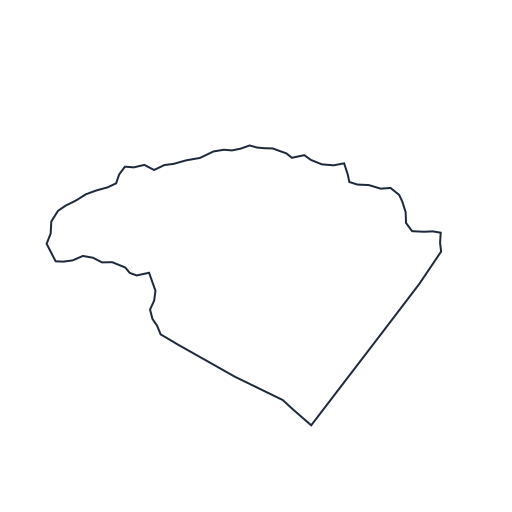 outline of Atalanta, Santa Catarina, Brazil, rotated 49°
{"feature_id": "56859067B17300048958719", "entity_name": "Atalanta", "entity_type": "district", "adm_level": 2, "iso_a3": "BRA", "parent_name": "Brazil", "parent_adm1": "Santa Catarina", "projection": "equal_earth", "projection_center": [-49.763, -27.436], "detail": "fine", "context": "isolated", "style": "outline", "palette": "slate", "viewbox_px": 512, "rotation_deg": 49, "n_neighbors": 0, "source": "geoboundaries", "source_scale": "gbopen_adm2", "svg_char_len": 1096}
<svg xmlns="http://www.w3.org/2000/svg" viewBox="0 0 512 512"><g transform="rotate(49 256 256)"><path d="M216.3,354.7L222.9,362.2L226.9,371.1L235.5,375.4L243.8,376.4L252.6,379.4L271.8,373.0L333.4,351.1L382.3,330.3L395.8,328.8L420.0,325.4L410.7,280.1L396.9,212.5L384.2,151.1L374.1,113.4L366.8,108.4L359.6,101.3L353.4,106.4L348.0,113.2L339.7,121.9L329.5,121.1L321.1,114.3L310.7,109.8L303.8,107.9L292.9,109.8L287.0,117.7L276.5,124.3L268.6,132.6L261.4,137.0L254.5,133.2L243.9,128.7L238.5,137.9L230.0,146.2L219.6,151.5L211.6,153.4L205.4,164.5L198.6,165.7L192.0,169.4L185.8,172.8L180.4,178.7L174.9,184.0L168.4,188.3L164.9,197.2L160.5,204.9L154.7,210.6L149.2,219.5L145.2,234.0L138.0,245.9L132.5,257.6L127.2,265.6L124.2,276.5L114.0,280.5L108.9,290.1L102.6,296.3L104.7,305.8L109.4,313.9L106.8,323.0L101.7,333.7L97.8,343.9L96.0,355.4L93.1,366.6L92.0,375.8L95.7,387.9L104.3,396.2L109.4,406.0L120.7,408.8L128.6,410.7L134.0,404.9L139.0,397.3L142.4,386.6L150.3,380.2L159.8,376.4L166.3,368.6L179.0,362.2L185.9,362.4L192.4,358.8L198.5,347.7L216.3,354.7Z" fill="none" stroke="#1e293b" stroke-width="2"/></g></svg>